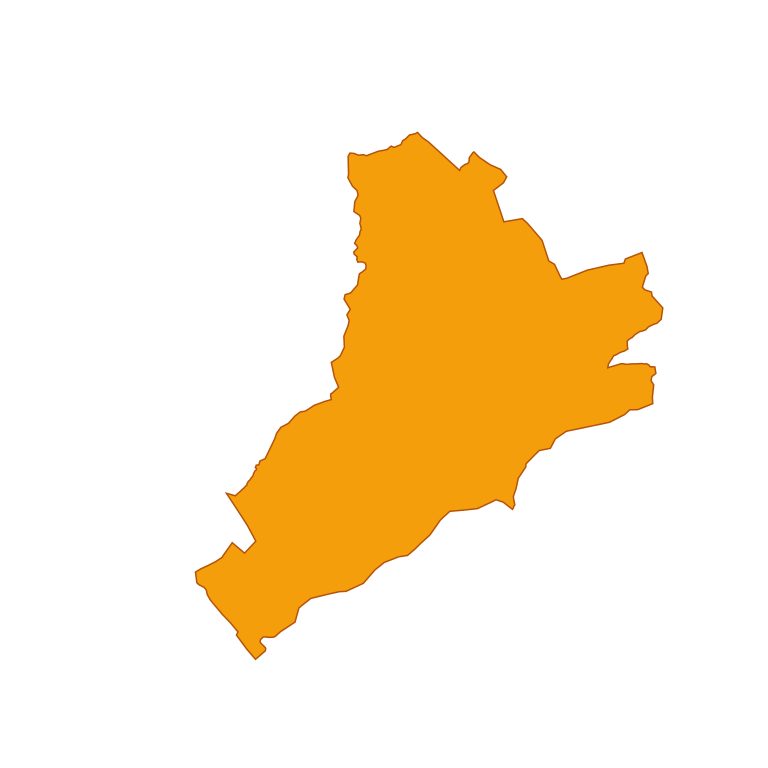 Kurfi, Katsina, Nigeria, rotated 228°
{"feature_id": "59680162B7192144408722", "entity_name": "Kurfi", "entity_type": "district", "adm_level": 2, "iso_a3": "NGA", "parent_name": "Nigeria", "parent_adm1": "Katsina", "projection": "robinson", "projection_center": [7.483, 12.688], "detail": "fine", "context": "isolated", "style": "filled", "palette": "amber", "viewbox_px": 768, "rotation_deg": 228, "n_neighbors": 0, "source": "geoboundaries", "source_scale": "gbopen_adm2", "svg_char_len": 3531}
<svg xmlns="http://www.w3.org/2000/svg" viewBox="0 0 768 768"><g transform="rotate(228 384 384)"><path d="M265.4,104.3L265.1,117.1L266.5,119.1L267.7,119.4L269.9,119.3L271.7,119.2L274.1,119.0L275.3,119.5L276.2,120.3L276.7,121.9L276.8,124.4L276.4,125.6L274.7,127.3L272.7,128.9L269.7,132.7L269.2,134.4L269.2,141.3L266.6,158.6L274.5,170.9L274.2,178.0L273.6,186.2L265.5,201.3L259.5,211.9L255.3,217.1L249.7,235.3L251.5,249.7L251.9,253.0L251.2,264.9L245.7,279.4L240.9,286.7L240.6,296.2L241.0,304.2L241.1,317.2L245.1,334.6L245.3,338.2L245.3,347.8L237.2,358.5L228.9,370.0L224.1,385.7L223.1,389.7L216.5,393.5L204.9,395.6L205.3,397.2L206.3,398.6L206.7,400.4L211.5,403.2L213.9,404.9L217.8,412.0L224.1,420.7L227.5,433.9L229.6,436.1L230.3,445.9L230.7,454.8L224.9,464.6L228.6,474.7L226.9,487.8L204.7,525.9L200.3,542.3L200.3,549.4L195.1,555.5L192.2,563.4L189.6,570.6L194.7,574.7L202.8,583.8L207.8,584.7L210.3,588.0L209.9,593.1L215.5,596.7L217.2,594.9L218.6,593.4L221.2,593.5L223.3,592.7L224.9,590.7L226.8,589.2L230.2,584.9L233.0,581.8L236.3,577.4L239.0,575.3L239.9,574.4L240.5,573.6L246.3,561.2L248.6,564.0L249.6,567.4L250.1,570.0L251.0,572.1L251.2,574.2L250.4,575.8L250.1,577.7L249.3,581.0L247.6,584.8L246.9,588.7L248.4,589.5L250.9,591.6L253.1,593.3L253.3,596.3L252.5,599.7L252.8,603.5L251.8,609.2L250.2,612.1L249.2,614.7L249.5,618.8L248.2,623.5L246.5,627.6L246.6,633.3L254.0,642.1L270.0,642.1L273.4,644.3L279.5,640.8L283.1,640.8L289.1,650.8L289.3,654.3L295.4,658.1L309.1,663.7L315.4,647.0L313.2,643.1L321.9,630.5L332.6,611.2L340.3,590.5L342.1,587.6L342.7,586.3L346.6,587.1L358.8,590.8L365.2,588.8L385.0,597.6L407.0,598.1L414.3,597.5L424.3,581.6L454.6,594.8L453.6,607.4L455.8,613.8L465.3,614.3L475.9,609.6L488.4,606.5L496.3,606.1L496.5,605.0L495.1,598.8L492.4,596.1L491.8,593.7L493.0,591.0L493.4,586.0L492.1,583.1L524.2,580.0L534.3,579.0L541.7,577.3L548.5,577.3L549.1,574.6L552.0,569.6L551.7,563.6L552.3,560.7L550.6,556.7L553.1,549.8L556.0,548.5L556.1,543.4L558.1,539.8L560.7,535.7L565.5,523.5L568.2,522.2L571.2,518.0L575.2,516.2L578.4,513.2L577.2,509.7L564.4,498.7L563.3,497.7L561.6,495.3L559.5,494.7L559.2,494.6L553.8,493.3L552.0,492.9L546.0,493.4L542.4,491.6L541.1,490.1L539.1,484.4L532.3,477.0L525.5,478.7L522.7,477.7L519.6,473.6L514.5,470.9L513.3,468.2L510.9,465.2L509.8,459.8L508.1,456.2L505.2,456.5L502.7,455.5L502.3,449.8L500.4,448.7L496.4,449.2L494.8,447.1L492.1,446.1L491.1,447.4L489.3,449.5L486.4,450.9L484.8,450.3L484.2,450.1L481.7,447.5L481.8,443.0L482.4,439.6L480.3,436.7L475.3,430.6L474.0,420.1L476.4,414.9L473.8,411.1L462.1,408.9L460.2,402.7L454.6,400.6L451.5,396.6L446.4,386.2L437.8,379.1L434.2,370.4L434.1,367.1L435.3,359.3L422.0,351.6L411.9,348.1L412.0,339.0L412.3,337.8L410.9,336.5L407.7,334.4L410.9,327.9L411.7,325.7L414.9,317.7L415.5,313.4L416.5,307.3L419.3,303.1L419.8,296.5L418.7,286.7L420.8,278.4L419.3,271.4L416.3,265.9L408.0,245.7L409.8,240.4L409.0,238.9L408.0,237.6L407.8,236.6L408.8,235.4L409.2,234.7L408.5,233.7L408.2,232.6L406.3,232.6L405.6,231.4L405.8,230.4L405.5,229.3L404.6,226.8L403.7,225.9L403.2,223.6L402.8,221.6L402.4,220.0L402.4,218.1L401.7,215.8L400.6,214.4L400.7,212.6L400.4,210.3L400.5,208.2L400.4,205.9L400.4,202.9L400.5,200.9L400.3,198.8L408.2,193.8L387.3,190.6L370.6,187.9L353.0,183.6L351.6,167.2L367.6,165.0L363.9,148.7L363.5,148.1L364.6,140.2L366.8,132.1L369.3,123.9L370.4,118.0L367.8,116.3L361.5,111.9L358.6,112.2L352.9,114.3L349.7,114.0L345.6,111.7L339.7,110.4L320.7,109.7L309.8,110.1L297.5,109.6L296.1,106.3L278.4,104.6L265.4,104.3Z" fill="#f59e0b" stroke="#b45309" stroke-width="1.5"/></g></svg>